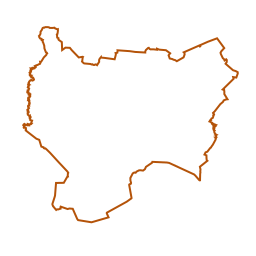 outline of Aizputes pag., Aizputes, Latvia, rotated 185°
{"feature_id": "27541924B9669965867606", "entity_name": "Aizputes pag.", "entity_type": "district", "adm_level": 2, "iso_a3": "LVA", "parent_name": "Latvia", "parent_adm1": "Aizputes", "projection": "orthographic", "projection_center": [21.546, 56.696], "detail": "fine", "context": "isolated", "style": "outline", "palette": "amber", "viewbox_px": 256, "rotation_deg": 185, "n_neighbors": 0, "source": "geoboundaries", "source_scale": "gbopen_adm2", "svg_char_len": 5889}
<svg xmlns="http://www.w3.org/2000/svg" viewBox="0 0 256 256"><g transform="rotate(185 128 128)"><path d="M206.5,220.4L207.0,220.2L208.0,220.4L208.8,220.8L209.6,221.0L210.0,221.5L211.9,221.1L214.8,220.9L215.5,221.4L216.6,221.5L219.2,221.3L220.2,220.6L220.8,220.7L221.7,220.2L222.5,218.0L223.5,216.3L223.4,214.3L223.8,213.1L224.7,211.9L224.4,211.5L224.3,210.7L223.3,209.5L221.9,209.3L221.7,208.1L220.5,208.2L220.7,207.5L220.4,206.2L220.1,206.0L218.6,202.7L218.2,200.0L216.4,196.3L215.5,196.0L215.2,195.5L215.5,195.4L215.5,194.5L215.8,193.6L218.0,191.0L219.8,187.4L220.6,186.1L221.3,186.2L221.0,185.0L221.4,184.1L222.5,183.7L223.7,182.8L224.6,182.6L226.1,181.7L225.2,180.9L225.2,180.5L225.9,180.1L226.2,179.5L226.6,179.8L227.5,179.0L227.7,179.4L227.6,179.7L227.8,179.8L228.7,179.6L228.9,179.3L228.9,179.0L229.9,178.9L229.0,178.0L229.2,177.7L229.8,177.7L229.7,177.0L230.2,176.8L230.1,176.6L230.2,176.1L229.8,176.0L229.9,175.8L229.7,175.8L229.6,175.6L230.6,174.8L230.1,174.5L230.2,174.0L230.5,173.8L230.6,173.4L230.1,172.7L230.5,172.4L230.5,172.1L229.9,171.5L229.6,172.2L229.3,171.7L228.9,171.7L229.2,171.3L229.2,170.9L228.7,170.9L228.6,169.9L228.2,169.9L228.0,170.1L227.5,169.7L227.2,170.0L226.7,169.6L226.6,169.3L226.6,169.0L226.1,168.6L225.9,168.1L226.3,167.4L227.4,166.9L228.4,167.4L228.6,167.3L228.5,167.1L229.2,167.1L229.4,166.8L229.7,166.7L230.1,166.0L230.5,165.7L230.7,164.7L230.9,164.4L230.7,164.2L231.1,163.5L231.1,163.3L230.8,163.3L230.9,163.0L230.2,162.6L231.0,162.3L230.7,161.9L230.9,161.5L230.6,161.4L231.4,159.8L231.1,159.5L230.6,159.7L230.6,159.2L229.9,158.5L230.5,157.1L231.3,156.8L231.3,156.5L230.6,156.1L231.3,155.3L230.9,155.0L231.2,154.5L230.2,154.0L229.7,154.0L229.8,153.4L229.1,153.7L228.9,153.2L228.3,153.2L228.2,152.5L229.2,151.8L229.0,151.2L228.3,151.1L228.2,151.0L228.3,150.7L228.9,150.6L228.9,150.0L229.0,149.7L230.0,149.5L230.1,149.1L230.0,147.9L229.7,147.6L229.8,147.3L229.0,147.5L229.0,147.0L229.4,146.9L229.3,146.5L228.7,146.4L228.9,145.5L228.6,145.0L228.3,145.0L228.2,144.7L228.6,143.8L228.1,143.5L228.5,142.3L228.4,141.9L229.0,142.0L229.5,141.3L229.4,140.5L228.7,139.7L228.9,139.4L228.6,139.1L228.9,138.9L229.1,138.3L229.0,137.5L229.3,137.6L229.8,137.4L229.7,136.8L229.2,136.5L229.4,136.0L228.3,135.3L228.3,134.9L228.5,134.6L229.3,134.2L229.3,133.9L229.1,133.6L229.1,133.1L228.9,132.8L228.9,132.5L227.9,131.8L227.7,131.8L227.5,131.4L227.1,131.3L226.8,131.6L226.7,131.1L227.1,130.7L227.0,130.2L226.3,131.0L226.1,130.8L226.0,130.3L226.4,130.1L226.5,129.5L226.2,128.6L226.2,127.5L226.0,127.3L224.2,127.0L224.9,124.4L225.4,123.8L224.6,123.8L224.9,123.4L225.8,123.2L226.2,122.8L227.9,123.2L227.8,122.8L227.4,122.4L226.9,122.3L226.8,122.0L228.8,121.9L229.4,122.4L230.0,122.6L230.9,121.4L231.1,121.4L231.5,122.6L231.7,122.9L232.1,122.6L232.6,121.7L232.4,121.5L231.6,121.6L231.6,120.9L231.8,120.2L231.6,119.9L231.9,119.3L231.7,119.1L230.8,119.4L229.8,119.2L229.5,118.0L229.8,117.4L229.7,116.7L229.1,116.5L229.0,116.2L218.3,109.3L215.4,108.5L212.7,101.9L210.4,101.4L210.1,100.6L209.4,100.3L208.5,100.5L206.9,99.3L203.5,96.5L193.9,87.7L184.5,79.3L183.7,78.2L183.9,78.0L183.9,75.3L183.6,74.4L184.2,74.2L187.2,67.8L194.9,67.0L194.8,54.3L195.1,52.7L196.7,45.7L196.6,45.1L195.8,43.5L195.6,43.5L195.0,42.7L192.4,40.1L191.6,40.8L190.4,40.8L188.1,41.8L188.4,43.2L188.2,43.8L181.1,42.0L179.3,42.7L176.0,42.7L170.7,33.0L169.7,31.9L156.1,30.9L139.6,37.3L141.7,41.1L141.7,41.8L122.8,54.5L118.4,58.3L118.4,58.7L121.9,71.5L121.6,72.1L120.4,72.6L120.2,73.1L120.2,73.7L121.0,75.8L121.3,78.4L119.3,83.2L117.9,84.2L116.5,84.1L115.7,85.3L113.3,86.8L111.8,87.0L109.3,86.9L107.6,88.4L106.7,90.9L101.1,95.4L100.8,96.4L86.2,97.0L84.0,96.8L58.1,87.5L56.7,86.4L52.6,82.4L52.1,82.1L51.7,82.2L52.1,88.4L52.0,90.4L52.2,90.8L52.2,93.1L53.0,95.7L46.1,102.2L46.7,102.6L47.1,104.4L47.5,107.6L49.5,108.2L48.6,110.5L46.9,111.3L44.4,115.2L43.6,115.8L43.4,116.5L42.0,118.8L39.8,123.9L39.5,125.5L39.9,125.7L39.8,126.0L40.2,126.3L39.3,126.6L39.5,126.9L39.4,127.3L39.7,128.0L40.0,128.4L39.7,128.6L40.0,128.7L39.5,129.0L39.8,129.1L40.1,129.4L40.4,129.3L40.5,129.8L41.5,130.9L41.9,132.6L41.5,133.0L42.1,133.5L42.3,134.1L42.5,134.0L42.6,134.5L42.9,134.5L43.0,134.8L43.0,135.9L42.5,135.4L41.9,135.3L41.8,135.9L42.0,136.9L40.7,137.7L40.6,138.1L40.3,138.2L41.1,138.3L40.6,138.7L41.8,139.1L42.7,138.4L43.0,138.4L43.1,138.6L43.0,139.1L43.2,139.6L43.5,139.6L43.9,139.0L44.1,138.9L44.7,139.5L44.3,140.2L44.4,140.4L45.0,140.7L45.4,140.7L45.8,141.1L46.7,141.3L47.0,141.8L47.3,141.8L46.7,143.0L46.0,143.2L46.2,143.6L45.9,143.9L45.7,144.7L44.4,145.5L44.0,147.1L44.2,147.9L43.6,148.4L43.4,149.1L43.7,149.5L44.3,149.8L44.6,150.4L43.1,152.1L38.0,160.0L37.4,160.5L35.6,162.4L35.1,163.8L32.8,165.0L31.4,165.3L35.0,170.2L35.2,172.7L35.6,174.5L36.0,174.3L37.0,174.6L27.1,186.2L27.7,187.9L24.5,187.7L23.4,191.9L23.6,193.2L25.7,194.1L28.4,194.7L36.4,200.5L35.4,202.3L35.5,204.3L36.2,205.0L37.7,203.7L38.5,205.1L39.6,205.8L41.9,209.7L42.4,211.0L41.7,212.6L39.1,216.0L47.1,225.1L55.9,220.9L63.0,217.0L63.1,215.7L63.4,215.5L64.0,216.5L79.0,208.3L78.2,207.7L78.2,206.8L78.0,206.2L78.8,203.2L85.2,198.8L87.1,199.8L88.7,200.0L89.7,200.5L92.5,200.9L93.9,204.0L92.5,206.1L97.0,208.8L103.7,208.8L106.0,209.5L105.9,208.5L109.5,208.6L112.3,208.3L113.3,208.6L114.3,209.7L114.9,209.5L117.0,207.2L117.5,205.7L117.4,204.7L127.5,204.4L133.0,204.7L145.2,204.5L145.1,204.1L145.2,202.1L146.9,201.6L146.5,200.7L146.7,198.8L147.3,195.3L157.8,195.8L161.0,195.8L161.1,196.2L162.2,194.6L162.6,193.7L162.7,193.0L162.5,191.4L164.3,187.9L165.5,188.6L166.3,188.4L166.8,187.9L168.1,187.8L168.9,188.4L170.0,188.1L170.8,188.5L177.1,188.5L177.8,188.7L179.6,190.2L179.4,191.3L179.3,194.6L179.1,194.9L179.3,195.0L183.2,194.0L190.9,200.7L192.9,202.8L197.3,202.6L200.4,199.9L201.4,207.8L204.6,209.7L205.0,210.1L205.1,211.4L206.4,211.9L206.8,214.2L206.6,215.3L206.8,215.3L206.4,216.3L206.3,219.0L206.5,220.4Z" fill="none" stroke="#b45309" stroke-width="2"/></g></svg>